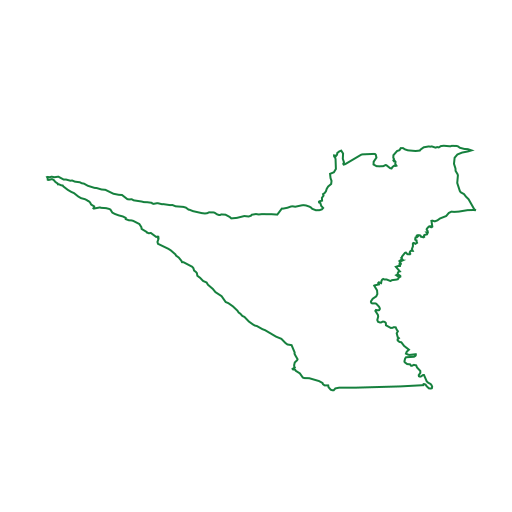 outline of Tocaima, Cundinamarca, Colombia, rotated 275°
{"feature_id": "7082276B61124512176506", "entity_name": "Tocaima", "entity_type": "district", "adm_level": 2, "iso_a3": "COL", "parent_name": "Colombia", "parent_adm1": "Cundinamarca", "projection": "equal_earth", "projection_center": [-74.634, 4.489], "detail": "fine", "context": "isolated", "style": "outline", "palette": "green", "viewbox_px": 512, "rotation_deg": 275, "n_neighbors": 0, "source": "geoboundaries", "source_scale": "gbopen_adm2", "svg_char_len": 6119}
<svg xmlns="http://www.w3.org/2000/svg" viewBox="0 0 512 512"><g transform="rotate(275 256 256)"><path d="M163.3,302.9L162.0,302.9L160.5,303.8L156.8,306.4L155.8,306.1L153.3,303.9L150.6,303.5L149.0,303.8L148.4,304.3L146.7,302.3L146.2,302.8L146.2,304.9L145.1,305.6L142.9,309.9L139.0,313.2L138.6,314.7L138.9,319.7L136.9,329.7L135.3,333.3L134.1,333.9L133.1,335.6L133.4,339.2L131.6,339.7L129.3,342.1L128.9,343.9L129.0,345.1L131.0,346.6L132.1,350.4L133.4,365.7L138.7,411.4L141.9,433.9L143.0,434.1L143.1,434.5L142.7,436.1L141.2,437.3L139.2,439.8L139.2,441.7L139.6,442.7L141.1,442.9L142.5,442.2L143.7,441.1L144.8,438.5L146.0,437.0L152.1,433.7L152.0,432.8L150.3,430.7L150.1,429.9L150.4,428.8L151.5,428.5L153.9,429.9L155.8,429.7L159.0,426.1L161.0,425.1L161.3,422.7L160.2,420.9L160.2,420.0L161.5,418.9L161.5,416.0L163.0,413.6L163.6,413.1L164.5,413.1L166.9,413.5L168.2,414.3L169.4,422.2L170.4,423.5L171.4,423.9L172.1,423.7L170.8,417.4L171.0,416.1L171.8,413.9L173.8,414.5L176.0,416.5L179.3,411.4L182.7,408.3L182.9,406.4L184.2,404.5L185.4,404.3L186.6,405.5L187.6,404.2L191.3,402.9L193.4,403.9L195.0,402.5L197.1,401.4L197.1,399.5L196.3,398.1L196.1,396.5L198.3,391.5L200.5,391.2L201.2,390.5L201.7,389.3L201.7,388.0L200.7,386.4L200.6,385.2L201.1,383.3L202.8,382.4L206.3,383.0L207.9,382.6L211.7,379.7L212.7,380.2L212.5,382.1L212.8,383.4L214.1,384.0L215.0,383.7L216.2,383.0L218.9,380.0L219.2,378.8L218.9,375.9L219.2,375.1L220.2,374.5L220.9,374.5L223.6,376.0L226.3,379.3L228.7,380.2L232.3,379.6L236.8,376.3L237.0,376.5L238.4,380.9L239.7,380.1L240.5,380.7L239.9,383.0L242.3,383.2L243.5,383.8L244.2,384.7L243.8,385.9L244.0,388.1L242.8,392.1L243.8,393.6L244.7,397.8L245.2,399.3L247.1,400.3L248.0,401.6L248.7,401.5L249.5,400.2L249.5,399.7L248.3,398.8L249.1,397.4L250.1,399.0L251.3,398.7L252.8,399.4L253.2,400.6L257.4,396.3L258.4,398.5L258.6,400.3L259.1,400.3L259.7,399.7L260.6,399.7L260.5,400.9L261.0,401.0L262.8,399.7L264.3,402.3L264.3,400.3L264.9,401.0L265.1,402.4L266.7,400.9L267.1,401.4L268.2,401.5L272.1,404.1L272.5,405.0L271.0,406.7L271.1,409.1L271.6,409.5L273.0,408.8L274.0,409.2L274.7,409.9L274.8,411.7L276.5,410.7L279.4,411.5L282.0,411.2L282.7,411.6L282.8,412.1L282.0,413.7L283.2,415.3L284.7,414.6L285.5,414.6L286.0,413.3L286.6,413.1L288.3,413.3L288.7,414.7L289.5,415.4L290.1,414.3L290.4,414.4L290.9,415.5L290.9,417.5L290.5,418.2L289.6,418.6L289.2,421.3L289.7,421.9L290.7,421.5L291.6,421.9L292.5,424.5L293.6,424.8L294.4,423.9L294.6,425.1L295.9,424.8L297.1,423.7L298.0,423.8L300.3,425.5L300.7,426.2L300.8,427.0L300.1,427.2L299.9,428.0L300.0,428.5L300.6,429.1L306.3,427.7L306.6,428.6L306.1,431.1L307.3,433.6L309.4,436.0L312.4,442.0L315.7,444.3L317.2,446.8L317.2,449.6L317.9,454.1L320.1,462.7L320.8,468.8L320.7,471.0L321.5,469.4L331.1,462.8L333.5,459.9L335.8,457.8L337.3,454.4L338.5,453.4L346.3,450.1L353.9,450.1L355.0,449.7L358.2,447.4L360.5,447.1L365.1,445.2L371.2,445.3L374.7,447.8L377.0,452.3L378.7,458.2L380.0,461.4L380.9,457.7L380.8,454.2L381.6,449.6L382.8,447.7L383.1,446.3L382.8,441.4L382.2,440.0L382.2,433.5L381.6,430.6L380.1,428.6L380.3,427.0L379.6,425.4L380.5,421.5L380.1,420.1L380.2,418.5L378.9,413.6L376.4,410.7L375.3,410.0L374.5,405.8L374.5,398.1L375.2,395.1L376.3,393.0L376.1,390.8L373.9,389.7L372.9,387.4L368.4,384.1L365.9,384.2L364.5,385.1L363.2,384.5L362.4,385.2L362.8,386.0L362.0,386.8L359.8,386.7L358.2,388.0L357.9,387.4L357.9,385.7L356.7,384.3L355.0,383.4L355.2,381.9L357.8,378.0L357.9,377.1L356.6,375.0L356.1,371.2L356.0,368.2L357.4,365.1L360.2,365.0L364.5,367.4L367.3,366.5L367.9,365.8L368.0,364.7L366.5,353.1L366.1,352.0L355.3,336.9L354.7,335.4L355.4,334.9L357.0,335.5L360.4,334.0L365.7,333.8L368.4,331.7L367.4,329.8L365.7,328.0L364.0,327.9L362.5,326.9L363.0,326.2L363.0,325.0L361.9,325.2L361.0,326.2L359.5,326.8L349.7,328.0L346.2,326.3L344.3,322.6L340.0,323.5L337.4,324.7L334.3,324.6L331.5,321.8L329.1,320.6L326.5,320.0L324.6,318.8L323.5,317.4L322.0,318.0L319.7,316.6L316.9,317.0L316.0,314.4L315.5,314.0L314.8,314.2L314.4,315.5L311.6,316.6L309.7,318.7L308.2,317.6L307.2,315.3L306.8,311.7L307.9,307.9L309.1,306.5L309.8,305.0L310.7,301.4L310.8,298.9L310.5,297.3L308.5,290.8L308.7,288.2L308.4,286.6L306.8,283.1L305.6,279.0L305.5,277.6L299.1,273.6L299.0,268.1L298.2,258.0L297.6,255.1L297.8,252.3L296.7,248.1L295.7,247.5L294.7,245.2L294.8,240.9L292.3,233.6L291.3,228.1L292.6,226.4L294.5,222.0L294.4,217.8L293.7,216.6L293.6,215.6L294.1,213.6L295.5,211.0L295.7,209.9L295.4,205.4L294.4,203.7L293.9,201.4L294.0,198.2L295.2,189.3L296.3,185.7L296.3,184.8L298.1,181.9L298.6,179.3L298.5,171.6L299.5,168.3L299.2,165.9L299.6,159.2L299.4,157.8L300.0,153.9L300.0,152.9L299.0,149.4L299.3,148.1L299.9,147.4L300.1,143.0L299.9,139.7L300.3,137.3L300.8,129.3L301.7,127.2L301.3,124.7L301.4,122.9L305.1,117.2L305.0,113.9L305.6,108.5L308.8,100.2L308.8,96.3L309.8,91.4L309.8,89.1L311.3,82.3L313.1,78.3L313.3,76.0L314.1,74.1L314.3,69.1L315.2,66.2L314.8,64.6L315.6,60.2L315.4,57.7L317.8,52.2L316.9,48.3L317.2,45.5L316.5,43.6L316.6,41.5L316.4,41.0L315.5,41.6L313.8,41.9L313.7,42.9L314.8,46.0L314.2,47.7L312.2,49.8L310.9,52.1L310.1,52.4L310.2,53.6L309.4,55.9L309.4,57.3L308.6,57.9L305.5,62.7L303.7,66.5L302.8,69.2L299.8,73.7L298.4,76.6L297.7,80.6L296.8,82.9L296.3,83.4L296.2,84.3L294.9,86.0L292.9,87.3L291.3,90.5L290.2,90.6L289.4,89.9L289.1,90.3L290.8,96.3L290.5,97.4L290.6,102.5L290.1,105.5L289.6,106.9L286.7,109.1L285.6,111.7L284.5,115.7L283.8,119.9L282.6,122.9L281.4,123.0L280.5,126.2L280.6,128.8L280.3,130.6L277.7,137.0L274.7,139.3L273.0,139.7L270.4,145.0L269.9,145.2L269.3,147.3L269.8,149.2L266.3,154.9L266.8,156.5L266.7,157.0L266.1,157.2L265.2,156.9L264.7,157.4L261.4,156.6L259.6,157.3L255.5,168.1L254.2,170.6L250.5,175.7L249.5,176.2L247.7,179.2L244.6,182.2L243.4,182.8L243.5,184.3L239.7,193.4L238.4,194.7L236.1,195.6L234.9,197.5L233.8,198.6L231.2,199.3L229.4,202.2L226.5,205.5L225.3,209.1L223.2,210.6L219.4,215.9L216.5,218.7L213.0,225.2L207.5,229.8L206.6,232.6L203.8,237.4L199.9,242.3L198.2,243.6L197.1,245.5L195.1,247.6L194.3,249.8L190.1,254.6L187.5,259.0L186.6,260.9L186.3,263.0L183.7,268.7L182.9,271.5L177.4,283.0L175.7,288.5L171.9,292.9L170.6,295.0L170.3,299.2L163.3,302.9Z" fill="none" stroke="#15803d" stroke-width="2"/></g></svg>